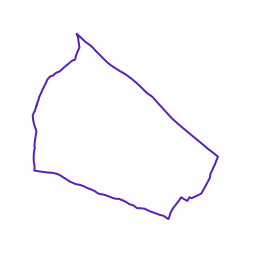 outline of Lat Phrao, Bangkok Metropolis, Thailand, rotated 288°
{"feature_id": "78962969B95574148528109", "entity_name": "Lat Phrao", "entity_type": "district", "adm_level": 2, "iso_a3": "THA", "parent_name": "Thailand", "parent_adm1": "Bangkok Metropolis", "projection": "robinson", "projection_center": [100.606, 13.822], "detail": "fine", "context": "isolated", "style": "outline", "palette": "violet", "viewbox_px": 256, "rotation_deg": 288, "n_neighbors": 0, "source": "geoboundaries", "source_scale": "gbopen_adm2", "svg_char_len": 5110}
<svg xmlns="http://www.w3.org/2000/svg" viewBox="0 0 256 256"><g transform="rotate(288 128 128)"><path d="M163.7,144.1L164.7,142.3L165.5,140.5L165.8,139.6L167.0,135.6L168.0,133.5L169.3,130.7L169.6,130.2L171.8,125.8L173.6,122.0L176.1,115.6L176.7,113.8L177.4,111.8L178.0,109.9L178.4,108.6L178.7,107.3L179.4,103.8L179.8,101.9L180.5,99.1L181.0,97.4L181.5,95.5L181.9,94.1L182.5,91.9L183.3,89.8L184.3,87.3L184.8,86.3L185.7,84.5L187.8,80.5L189.0,78.2L190.5,75.2L191.3,73.6L191.8,72.7L193.5,69.8L193.8,69.0L194.6,67.5L194.8,67.0L195.0,66.6L195.4,65.3L195.8,64.0L196.3,62.2L196.8,60.7L197.4,59.5L198.5,57.2L199.6,54.8L200.7,52.5L202.0,49.6L198.9,52.3L198.1,52.9L196.1,53.7L194.3,54.6L191.0,56.2L190.0,56.7L189.4,56.9L189.1,56.9L188.1,56.8L186.6,56.6L186.3,56.6L184.6,56.3L183.3,56.3L182.0,56.3L180.7,56.2L179.5,56.3L179.3,56.3L179.2,56.3L178.0,56.5L177.6,56.5L176.4,56.4L176.2,56.1L175.8,55.3L175.6,55.0L175.3,54.7L174.8,54.2L174.2,53.7L173.2,53.0L172.0,52.3L171.2,51.9L170.4,51.4L170.0,51.1L169.4,50.6L169.0,50.4L168.9,50.4L168.4,50.0L168.1,49.8L166.0,48.5L165.2,48.1L164.4,47.6L164.0,47.4L163.4,47.1L162.9,46.8L161.8,46.1L160.8,45.5L160.7,45.4L160.4,45.2L159.8,44.4L159.7,44.1L158.4,42.8L158.3,42.7L158.2,42.6L157.3,42.0L156.6,41.5L156.5,41.4L156.4,41.4L156.2,41.2L155.7,41.1L155.2,40.7L154.8,40.4L153.9,39.3L153.7,39.1L153.2,38.3L153.0,38.2L152.8,38.0L152.5,37.8L152.4,37.7L151.5,37.3L150.1,36.7L149.3,36.5L149.0,36.4L148.7,36.3L146.9,36.1L146.7,36.1L146.1,36.1L144.8,35.9L143.5,35.6L141.5,35.4L139.5,35.1L139.3,35.1L138.9,34.9L138.7,34.8L138.2,34.9L136.9,34.7L134.9,34.6L133.6,34.4L132.9,34.3L131.9,34.2L130.8,34.1L130.4,34.0L130.2,33.9L130.1,34.0L129.8,34.0L129.5,34.1L128.5,34.1L127.3,34.1L124.7,34.1L124.2,33.9L123.8,33.9L123.7,33.9L123.1,34.1L122.9,34.2L122.2,34.2L121.8,34.0L121.7,34.0L121.4,34.2L121.2,34.1L121.1,33.9L120.9,33.8L120.7,33.8L120.3,34.1L120.2,34.1L120.0,33.9L119.9,33.9L119.7,33.9L119.4,34.0L119.2,34.1L117.7,34.1L117.4,34.1L116.7,34.0L116.3,34.0L116.1,34.0L115.6,34.1L115.3,34.1L114.1,33.8L113.4,33.7L112.5,33.7L111.7,33.6L110.6,33.6L110.2,33.7L109.9,33.7L109.6,33.8L109.2,34.1L107.8,34.6L107.0,34.9L106.3,35.3L105.8,35.6L105.7,35.7L103.3,37.0L102.2,37.7L97.8,41.1L96.5,41.9L93.0,42.5L91.3,42.7L89.8,42.9L88.2,43.3L86.4,43.6L86.0,43.7L85.8,43.7L85.2,43.7L85.0,43.8L83.9,44.2L83.8,44.3L82.4,44.4L82.2,44.4L82.1,44.5L81.7,44.7L80.3,45.6L80.2,45.6L79.2,45.7L78.9,45.7L77.4,45.8L76.0,46.0L74.5,46.4L72.3,47.0L70.7,47.4L68.8,48.1L67.3,48.6L66.5,49.0L65.2,49.7L64.5,50.1L63.7,50.5L63.2,50.7L62.7,50.9L61.2,51.5L60.4,51.7L58.6,52.1L58.6,52.3L58.7,52.7L59.2,56.1L59.8,59.6L59.9,60.8L60.2,61.9L60.4,63.0L60.6,64.3L61.1,66.1L61.5,67.9L61.9,69.7L62.1,70.7L62.2,71.7L62.3,73.2L62.4,74.5L62.4,74.9L62.3,76.1L62.2,76.3L62.1,77.6L62.0,78.1L61.9,78.7L61.4,80.2L61.1,82.0L60.1,85.7L59.8,86.6L59.6,87.2L59.4,88.1L59.2,88.7L59.0,90.2L58.8,92.4L58.6,93.4L58.6,94.5L58.5,95.7L58.6,97.1L58.7,97.6L58.8,98.0L58.9,98.7L59.0,99.0L59.0,99.4L59.1,99.6L59.1,100.0L59.0,102.0L58.9,103.9L58.8,104.8L58.7,105.7L58.5,106.6L58.4,107.8L58.2,109.3L58.3,110.3L58.3,110.7L58.3,111.2L58.0,113.3L57.7,116.0L57.6,116.3L57.3,117.1L56.8,119.0L56.4,120.6L56.4,120.9L56.4,121.0L57.0,124.4L57.1,124.9L57.1,126.2L57.1,127.0L57.1,127.7L57.2,127.8L57.2,128.3L57.2,128.5L57.0,129.5L57.0,130.0L57.0,130.3L56.9,133.3L56.9,133.5L56.7,135.1L56.7,136.6L56.8,137.0L56.9,137.8L57.4,140.0L57.8,141.8L57.5,143.9L57.6,144.9L57.5,145.5L57.5,146.1L57.4,146.6L56.9,149.5L56.9,149.8L56.3,151.4L56.2,151.7L56.1,152.0L56.1,152.3L56.0,154.1L56.1,155.4L56.1,155.9L56.1,156.3L56.1,156.5L56.0,156.8L55.9,157.4L55.4,159.1L54.8,160.5L54.7,160.8L54.7,161.1L54.7,161.6L55.0,163.3L55.1,163.5L55.3,163.7L55.4,163.8L55.7,165.2L55.8,165.5L55.7,165.7L56.2,167.7L56.3,168.1L56.4,168.3L56.3,168.9L56.2,170.1L55.8,172.2L55.6,174.4L55.5,175.8L55.4,180.3L55.2,184.7L55.2,185.2L55.3,186.0L55.4,188.4L55.4,189.1L55.3,189.5L54.0,193.9L54.0,194.1L54.0,194.4L54.1,194.6L55.4,194.7L56.5,194.7L57.4,194.7L57.8,194.7L59.5,194.6L60.2,194.6L60.3,194.6L60.8,194.7L61.9,194.9L63.0,195.1L64.5,195.4L66.3,195.9L67.7,196.3L68.6,196.7L71.7,197.8L72.5,198.1L73.2,198.3L74.4,198.8L75.7,199.2L77.9,199.8L78.2,199.9L78.4,200.0L78.3,200.7L78.0,201.8L77.2,205.9L77.0,206.8L78.1,207.2L80.2,207.6L80.9,207.8L81.1,207.9L80.9,210.1L82.8,212.3L84.0,213.6L85.8,215.4L87.4,217.1L87.7,217.4L88.1,217.8L88.3,217.8L88.6,217.9L89.1,218.1L90.1,218.3L91.8,218.7L93.4,219.0L95.2,219.4L96.9,219.7L98.8,220.0L99.9,220.2L101.8,220.5L103.5,220.9L105.6,221.2L106.3,221.2L106.6,221.2L107.1,221.1L107.8,220.9L108.3,220.7L108.8,220.6L110.9,220.7L111.1,220.7L111.3,220.7L112.1,220.9L113.8,221.1L114.8,221.2L117.1,221.5L117.9,221.6L119.4,221.8L120.0,221.9L121.3,222.0L122.0,222.0L123.1,222.0L124.4,222.1L125.7,222.2L126.3,222.2L128.5,222.4L130.7,216.8L131.7,213.8L133.0,210.1L133.8,208.2L135.1,205.2L135.5,204.1L135.8,203.4L136.4,201.9L136.7,201.1L137.5,199.0L138.3,197.1L139.1,195.0L140.0,192.6L140.5,191.5L141.8,188.2L143.7,183.4L145.3,179.5L145.8,178.2L148.4,172.0L150.5,167.4L151.0,166.4L151.5,165.4L153.8,161.3L158.2,153.7L160.0,150.4L162.3,146.5L163.7,144.1Z" fill="none" stroke="#5b21b6" stroke-width="2"/></g></svg>